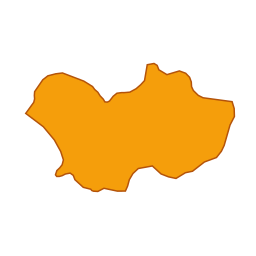 the Municipality of Trebnje, rotated 189°
{"feature_id": "SVN-999", "entity_name": "Trebnje", "entity_type": "Municipality", "adm_level": 1, "iso_a3": "SVN", "parent_name": "Slovenia", "parent_adm1": "", "projection": "orthographic", "projection_center": [15.067, 45.922], "detail": "fine", "context": "isolated", "style": "filled", "palette": "amber", "viewbox_px": 256, "rotation_deg": 189, "n_neighbors": 0, "source": "natural_earth", "source_scale": "10m", "svg_char_len": 1089}
<svg xmlns="http://www.w3.org/2000/svg" viewBox="0 0 256 256"><g transform="rotate(189 128 128)"><path d="M179.0,167.4L169.5,163.4L166.9,160.8L163.4,158.6L160.6,155.4L156.9,152.6L155.0,150.2L152.5,150.3L150.5,151.7L147.6,157.0L144.4,160.6L139.7,162.0L137.5,162.3L131.8,163.7L126.2,168.0L122.3,172.6L119.1,177.4L118.9,193.5L112.4,195.8L109.0,194.4L106.6,190.3L97.9,186.8L86.2,192.4L79.6,191.1L75.1,187.7L72.7,183.4L71.7,178.8L69.3,175.2L63.7,171.2L58.6,169.6L29.3,170.3L26.2,163.9L24.7,156.0L27.7,146.9L30.3,125.8L32.1,119.7L36.0,112.7L47.2,106.4L57.5,95.4L64.3,92.8L72.7,85.7L80.4,86.1L88.2,87.8L98.0,94.3L111.5,89.6L116.0,83.8L118.6,77.2L119.3,70.6L120.7,65.3L128.7,64.0L142.3,64.7L147.9,60.6L152.3,60.2L154.0,60.6L155.2,61.7L162.9,62.4L172.3,68.6L174.7,72.7L178.1,74.4L182.6,72.8L185.6,70.6L188.3,69.4L190.8,69.0L192.3,70.4L191.6,74.8L189.1,78.1L187.3,81.4L186.8,86.4L190.8,94.3L198.9,104.7L211.8,116.0L231.3,126.4L225.1,138.6L224.8,142.1L225.6,145.5L225.9,149.3L219.7,162.3L215.3,167.0L207.9,170.2L201.3,172.1L179.0,167.4Z" fill="#f59e0b" stroke="#b45309" stroke-width="1.5"/></g></svg>